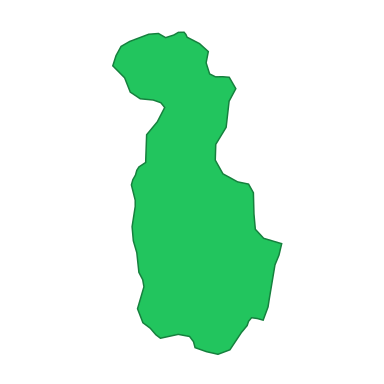 map outline of Bolu (Albers equal-area conic projection), rotated 98°
{"feature_id": "TUR-2268", "entity_name": "Bolu", "entity_type": "Province", "adm_level": 1, "iso_a3": "TUR", "parent_name": "Turkey", "parent_adm1": "", "projection": "albers", "projection_center": [31.568, 40.592], "detail": "fine", "context": "isolated", "style": "filled", "palette": "green", "viewbox_px": 384, "rotation_deg": 98, "n_neighbors": 0, "source": "natural_earth", "source_scale": "10m", "svg_char_len": 1093}
<svg xmlns="http://www.w3.org/2000/svg" viewBox="0 0 384 384"><g transform="rotate(98 192 192)"><path d="M345.7,167.3L340.0,169.7L335.4,174.3L334.9,185.8L341.2,202.9L338.4,207.9L332.7,214.4L328.3,222.4L315.2,229.7L292.6,226.4L285.7,228.6L279.0,233.4L259.8,238.2L248.5,243.3L234.7,246.5L214.3,246.2L208.0,247.1L193.4,253.0L188.1,252.3L183.0,250.3L178.2,249.7L174.5,248.0L169.2,242.0L141.6,244.9L127.3,236.1L112.1,230.8L107.9,235.3L106.3,243.3L106.9,256.2L101.7,267.0L88.3,274.6L78.1,288.0L67.5,286.2L57.7,282.5L51.6,274.7L41.8,256.8L39.7,247.3L42.8,239.6L39.1,231.9L35.8,227.7L34.9,222.1L36.8,220.0L39.4,218.4L44.0,205.2L50.7,195.4L62.1,196.0L72.6,191.0L74.7,184.7L73.6,177.9L73.2,171.1L83.6,163.0L96.9,167.9L123.2,167.2L141.5,175.1L157.2,173.4L169.7,163.9L175.6,148.3L176.3,137.1L184.2,131.1L205.1,127.6L220.1,124.1L227.9,114.6L230.7,96.0L242.5,97.1L252.6,99.7L287.3,100.6L295.2,100.7L309.0,103.7L308.2,109.6L308.2,115.5L312.2,118.0L316.6,118.8L324.2,123.5L343.0,132.5L349.1,143.7L348.6,149.4L348.4,152.0L348.1,155.5L345.7,167.3Z" fill="#22c55e" stroke="#15803d" stroke-width="1.5"/></g></svg>